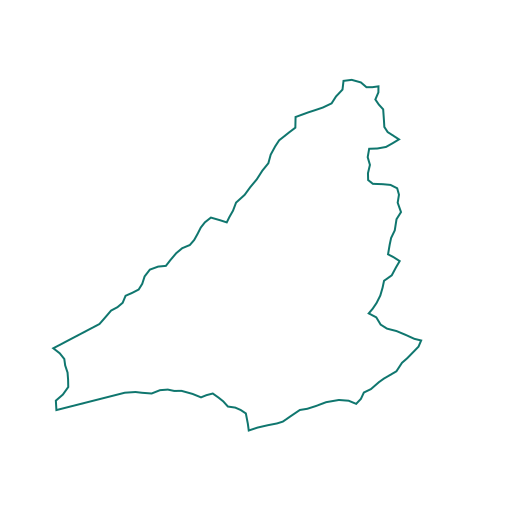 São José de Caiana, Paraíba, Brazil (orthographic projection), rotated 12°
{"feature_id": "56859067B86107293637085", "entity_name": "São José de Caiana", "entity_type": "district", "adm_level": 2, "iso_a3": "BRA", "parent_name": "Brazil", "parent_adm1": "Paraíba", "projection": "orthographic", "projection_center": [-38.322, -7.247], "detail": "fine", "context": "isolated", "style": "outline", "palette": "teal", "viewbox_px": 512, "rotation_deg": 12, "n_neighbors": 0, "source": "geoboundaries", "source_scale": "gbopen_adm2", "svg_char_len": 1903}
<svg xmlns="http://www.w3.org/2000/svg" viewBox="0 0 512 512"><g transform="rotate(12 256 256)"><path d="M340.5,64.6L334.7,66.7L328.9,67.9L322.5,64.4L313.0,63.8L305.2,66.5L306.0,75.2L301.1,83.3L298.2,91.0L290.5,96.9L282.9,101.4L277.5,104.5L265.8,111.8L267.8,122.3L262.7,128.2L254.6,138.0L252.0,144.7L249.3,153.8L248.8,162.7L244.5,171.1L240.8,180.9L236.1,189.8L232.2,198.5L225.4,207.9L224.1,216.4L221.9,223.3L220.4,229.2L213.6,228.5L203.9,227.8L199.0,233.7L196.1,239.6L194.2,246.7L192.2,253.2L189.0,259.0L182.2,263.7L177.4,269.8L173.2,277.6L169.9,284.4L162.5,286.7L155.0,291.4L151.3,299.1L150.5,306.9L148.2,313.2L142.7,317.7L136.7,322.0L135.3,329.5L131.1,334.9L125.6,339.5L121.2,347.6L117.0,355.1L76.9,388.4L84.3,392.0L89.9,396.6L92.1,402.7L95.9,409.2L97.9,416.0L99.6,423.2L95.9,431.7L90.3,439.1L92.8,448.2L156.1,417.0L166.4,414.1L172.9,413.5L182.5,412.2L190.0,407.2L197.5,405.0L203.9,405.0L211.3,403.4L222.6,404.1L231.6,405.7L236.5,402.4L242.3,399.5L248.8,402.3L254.2,405.0L259.8,409.1L267.2,408.6L273.0,409.8L278.8,412.1L282.9,421.8L285.2,428.2L293.2,423.5L302.9,419.0L311.4,415.4L316.7,412.4L323.1,405.6L330.9,397.5L337.9,394.8L345.6,390.4L355.0,384.4L367.0,379.6L376.7,378.3L384.7,379.8L388.3,374.0L389.9,367.1L396.1,362.3L402.5,353.8L406.6,349.3L417.3,339.6L421.0,330.1L425.2,324.5L433.8,310.9L435.1,304.3L428.1,304.1L419.0,302.1L409.0,300.2L399.2,299.8L392.2,297.2L386.4,291.0L378.2,288.7L381.1,283.3L383.7,276.9L385.8,268.9L386.4,260.7L386.4,253.6L392.8,246.7L395.3,238.0L397.6,231.1L390.6,228.5L384.8,226.9L384.4,217.0L384.4,210.3L386.4,202.1L385.8,190.8L388.7,182.9L383.5,174.4L383.1,166.3L380.0,160.4L372.8,158.5L365.1,159.4L355.3,161.1L349.9,158.4L348.3,151.7L348.5,143.2L344.7,136.1L344.4,127.6L352.4,125.6L360.5,122.3L366.3,117.2L371.6,112.2L359.0,107.4L354.7,103.1L353.0,96.9L349.9,86.1L344.6,82.3L340.2,78.1L341.7,70.5L340.5,64.6Z" fill="none" stroke="#0f766e" stroke-width="2"/></g></svg>